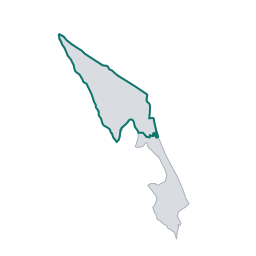 HaDarom highlighted on a map of Israel, rotated 140°
{"feature_id": "ISR-3053", "entity_name": "HaDarom", "entity_type": "District", "adm_level": 1, "iso_a3": "ISR", "parent_name": "Israel", "parent_adm1": "", "projection": "equal_earth", "projection_center": [34.85, 30.684], "detail": "fine", "context": "in_parent", "style": "outline", "palette": "teal", "viewbox_px": 256, "rotation_deg": 140, "n_neighbors": 0, "source": "natural_earth", "source_scale": "10m", "svg_char_len": 4178}
<svg xmlns="http://www.w3.org/2000/svg" viewBox="0 0 256 256"><g transform="rotate(140 128 128)"><path d="M162.2,11.5L161.1,14.6L160.1,16.2L159.7,18.8L160.4,20.8L160.8,23.6L161.6,24.4L161.9,26.2L161.2,28.0L161.5,29.5L162.4,30.8L163.1,36.4L164.4,39.1L162.3,43.1L162.0,46.4L160.0,51.4L157.6,51.7L152.2,54.5L151.5,55.3L150.5,56.9L150.3,58.1L149.6,71.3L146.6,71.0L143.0,68.1L142.3,65.6L141.2,64.7L138.6,64.4L133.7,63.1L128.1,67.5L125.7,74.7L125.2,78.1L123.2,85.1L123.9,89.5L124.3,95.1L124.8,99.7L124.2,102.5L123.2,104.0L123.5,105.0L124.5,105.4L127.6,104.2L130.9,105.4L134.0,107.8L134.3,109.4L132.0,110.3L126.8,113.9L123.0,118.1L122.1,122.0L119.6,130.3L119.9,132.0L121.1,133.0L129.7,132.1L137.5,128.7L143.4,125.2L145.2,125.4L144.0,134.5L143.1,140.1L143.5,141.1L144.8,145.9L142.3,154.8L139.5,162.1L138.5,165.5L135.8,173.2L133.0,182.1L131.5,188.2L131.9,190.4L131.2,201.6L131.6,204.8L128.3,214.6L127.7,219.5L126.3,226.0L124.1,239.9L121.0,244.5L119.4,239.4L115.9,224.5L113.4,214.4L110.0,201.9L104.2,186.7L103.7,183.1L102.5,177.8L98.5,164.0L95.3,154.1L91.6,141.4L96.2,136.4L96.3,132.3L104.1,122.6L104.1,121.7L102.0,119.1L102.3,118.7L110.9,100.8L116.5,83.0L121.7,58.5L125.4,46.0L128.6,37.7L130.0,30.9L135.0,30.4L138.8,31.1L143.3,31.4L146.9,28.8L148.6,21.1L150.7,19.9L151.7,21.7L152.8,19.7L157.5,16.3L159.8,14.1L162.2,11.5Z" fill="#d9dde1" stroke="#a8b0b8" stroke-width="1"/><path d="M91.8,141.2L92.5,140.5L94.8,138.6L96.4,136.6L96.5,135.6L96.1,133.6L96.1,132.6L97.1,130.5L102.1,125.0L102.8,124.5L104.3,123.0L105.5,121.8L103.9,120.7L102.2,119.2L102.5,118.2L103.6,116.6L107.6,108.9L107.9,108.5L110.4,102.1L110.6,102.0L110.9,101.9L111.0,101.8L111.4,101.9L111.8,102.0L112.0,102.1L112.3,102.1L112.4,102.4L112.4,102.6L112.2,102.8L112.1,103.0L112.2,103.4L112.2,103.5L112.1,103.8L112.1,104.3L112.1,104.5L111.9,104.6L111.7,104.6L111.3,104.5L111.1,104.4L110.9,104.5L110.7,104.7L110.7,104.8L110.7,105.0L110.8,105.1L110.8,105.3L111.0,105.4L111.3,105.6L111.5,105.9L111.5,106.0L111.4,106.1L111.3,106.3L111.2,106.4L110.9,106.5L110.7,106.7L110.7,106.8L110.6,107.0L111.8,107.6L112.0,107.7L112.6,107.2L112.8,107.1L113.0,107.0L113.1,106.9L113.0,106.7L112.9,106.6L112.9,106.4L112.7,106.2L113.4,105.8L113.5,105.8L113.6,105.6L114.0,105.7L114.7,106.2L114.8,106.3L115.0,106.6L115.1,106.9L115.4,107.9L115.5,108.1L115.7,108.4L116.1,108.2L117.6,106.9L118.8,108.6L119.2,109.0L119.3,109.0L119.5,109.1L119.6,109.3L119.6,109.7L119.5,109.8L119.5,110.0L119.4,110.1L119.4,110.3L119.5,110.4L119.6,111.0L119.7,111.3L119.7,111.5L119.5,111.9L119.5,112.0L119.6,113.0L119.5,113.3L119.5,113.5L119.6,113.8L119.6,114.4L119.6,114.7L120.0,115.1L123.1,117.7L123.1,117.8L122.4,119.3L122.2,120.9L122.2,122.6L122.0,124.5L120.0,128.3L119.3,130.3L119.8,132.3L120.8,133.1L122.0,133.3L123.2,133.1L124.3,132.7L127.0,132.3L132.6,132.3L135.2,131.2L140.0,126.6L142.6,124.9L145.6,124.6L145.5,128.1L145.5,128.7L145.4,130.0L144.6,132.4L143.7,134.1L144.1,134.5L144.0,135.8L143.4,137.1L142.8,138.5L143.1,140.1L143.5,141.7L144.0,142.8L144.6,144.3L145.0,145.9L144.8,147.6L142.7,152.4L142.4,154.1L142.4,156.0L141.9,157.0L140.7,158.4L140.2,159.0L139.6,160.3L139.5,161.7L139.5,163.0L139.4,164.3L139.1,164.9L138.3,165.7L138.0,166.1L137.7,166.8L137.6,167.5L137.4,169.0L137.0,170.4L134.4,176.5L132.5,183.8L132.3,185.2L131.5,187.7L131.5,189.1L131.7,189.7L132.4,190.9L132.5,191.8L132.4,192.6L132.2,193.2L131.9,193.8L131.6,194.6L131.2,197.7L130.9,198.7L130.8,200.4L131.8,204.1L131.8,205.9L131.0,207.9L129.1,211.3L128.6,213.6L128.6,214.3L128.4,214.9L128.2,215.3L128.0,215.8L127.7,217.9L127.7,221.5L127.5,222.7L125.4,229.2L125.1,230.7L124.8,234.1L124.4,235.6L123.8,236.7L123.5,238.0L123.3,239.6L123.1,240.4L122.8,241.0L122.0,242.1L121.7,242.7L121.5,243.2L121.4,243.6L121.3,243.8L120.9,243.8L120.5,243.7L120.2,243.8L119.8,242.9L118.8,240.4L118.5,239.0L118.6,234.9L117.4,228.7L115.7,223.1L113.7,216.9L113.4,213.6L113.4,213.3L113.4,212.9L113.3,212.5L113.2,212.2L111.5,206.5L108.8,197.7L107.4,192.8L106.9,191.9L104.4,189.4L104.1,188.9L104.0,188.2L104.1,187.1L104.5,185.4L104.5,184.6L104.1,183.8L103.4,182.7L103.1,181.7L103.0,179.2L102.1,174.5L99.3,166.2L97.1,159.3L95.4,154.1L94.0,149.1L92.2,142.9L91.8,141.2Z" fill="none" stroke="#0f766e" stroke-width="2"/></g></svg>